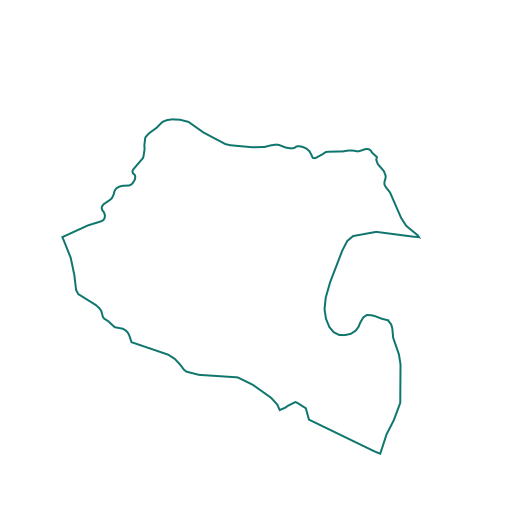 an SVG outline of Batdâmbâng, rotated 201°
{"feature_id": "KHM-1778", "entity_name": "Batdâmbâng", "entity_type": "Province", "adm_level": 1, "iso_a3": "KHM", "parent_name": "Cambodia", "parent_adm1": "", "projection": "albers", "projection_center": [103.119, 12.947], "detail": "fine", "context": "isolated", "style": "outline", "palette": "teal", "viewbox_px": 512, "rotation_deg": 201, "n_neighbors": 0, "source": "natural_earth", "source_scale": "10m", "svg_char_len": 2376}
<svg xmlns="http://www.w3.org/2000/svg" viewBox="0 0 512 512"><g transform="rotate(201 256 256)"><path d="M178.6,391.7L178.2,388.9L175.3,385.5L167.1,381.1L163.7,377.4L163.0,375.3L162.6,371.0L161.7,368.8L159.9,367.1L153.6,363.3L134.2,343.6L126.6,338.0L112.2,333.2L110.7,332.0L110.8,332.0L116.1,330.4L152.5,321.6L172.5,309.4L176.2,302.7L177.4,291.8L177.4,258.0L176.0,242.2L173.0,231.0L168.2,222.5L162.1,216.0L156.2,212.7L150.0,212.1L144.7,214.0L139.6,217.3L136.1,222.2L134.9,226.6L134.8,231.5L133.8,237.1L131.5,240.5L127.3,242.0L123.8,242.5L116.2,242.5L109.5,243.3L109.5,243.1L105.2,240.5L102.7,237.1L98.7,228.9L87.2,215.2L82.2,206.5L68.9,171.1L68.7,170.4L68.5,152.1L70.2,136.3L69.2,116.7L69.2,115.9L76.2,116.1L147.9,122.2L154.9,131.7L164.8,133.7L167.0,133.7L172.5,127.6L174.6,124.6L178.7,120.7L182.9,124.9L191.0,129.0L212.8,134.6L229.6,136.1L233.2,135.0L266.7,124.6L279.5,123.1L282.5,124.0L288.2,127.6L294.9,130.8L302.5,132.4L341.3,130.9L346.2,136.8L348.1,138.4L350.3,139.6L354.1,140.4L362.4,138.9L371.0,142.3L374.9,143.0L376.2,143.6L377.4,144.6L380.3,148.7L382.0,150.2L384.2,151.4L387.9,152.8L408.2,156.7L411.8,159.8L418.7,173.0L428.4,188.0L443.5,204.3L423.8,224.4L413.5,232.5L412.3,233.6L411.3,235.1L410.9,237.1L411.5,239.6L412.8,241.4L413.8,242.4L415.5,243.4L416.9,244.7L417.6,246.8L416.9,249.6L412.6,255.8L411.3,258.2L411.0,261.3L411.0,262.9L411.3,265.1L411.2,267.1L410.5,269.3L408.4,271.8L406.7,273.1L405.1,274.0L400.0,276.2L399.1,276.9L397.9,278.3L397.0,280.7L396.5,284.2L397.1,286.7L398.3,288.3L400.3,289.0L400.8,289.4L401.2,289.9L401.6,290.6L401.7,291.4L401.7,291.9L401.6,292.9L396.6,307.0L396.8,309.0L398.3,315.8L399.9,319.4L401.6,326.0L401.7,327.0L401.5,328.1L399.8,332.3L394.6,340.3L394.1,341.6L393.9,342.1L391.6,347.2L389.9,349.2L387.4,351.2L383.3,353.5L375.8,356.0L367.0,357.0L349.4,352.5L324.9,349.5L319.7,350.2L298.4,356.2L287.2,360.8L281.5,364.8L276.9,367.3L274.2,367.9L266.9,367.9L262.0,369.0L260.0,369.9L258.9,370.7L257.9,372.2L257.4,372.8L256.2,373.5L254.4,374.1L251.8,374.5L249.9,374.5L248.1,374.4L246.6,374.1L243.6,372.9L240.2,370.0L238.7,368.4L238.2,368.0L236.7,368.2L235.7,368.6L230.8,374.3L228.0,378.1L226.0,379.2L212.3,384.8L207.5,387.6L203.8,389.0L201.2,389.6L198.8,390.0L196.9,391.1L192.3,394.9L190.5,395.8L189.0,396.1L187.8,395.9L186.8,395.6L186.2,395.3L185.8,395.0L184.8,394.1L178.6,391.7Z" fill="none" stroke="#0f766e" stroke-width="2"/></g></svg>